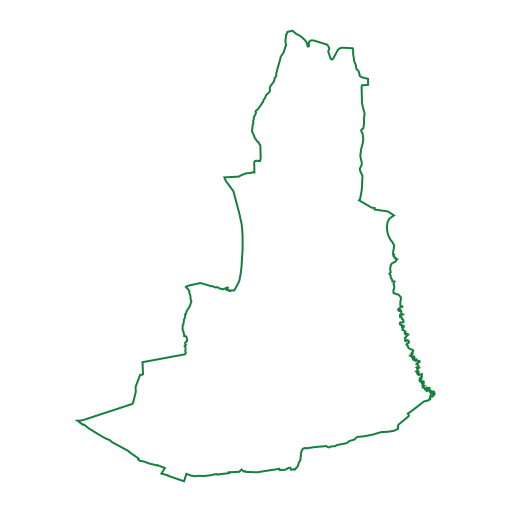 the district of Topana, Olt, Romania
{"feature_id": "2599482B92516627425208", "entity_name": "Topana", "entity_type": "district", "adm_level": 2, "iso_a3": "ROU", "parent_name": "Romania", "parent_adm1": "Olt", "projection": "albers", "projection_center": [24.532, 44.851], "detail": "fine", "context": "isolated", "style": "outline", "palette": "green", "viewbox_px": 512, "rotation_deg": 0, "n_neighbors": 0, "source": "geoboundaries", "source_scale": "gbopen_adm2", "svg_char_len": 6059}
<svg xmlns="http://www.w3.org/2000/svg" viewBox="0 0 512 512"><path d="M184.0,481.3L186.4,473.8L191.9,475.9L192.3,475.7L195.2,476.3L197.7,475.8L204.1,476.0L210.1,475.3L216.1,474.1L216.9,474.1L217.3,474.6L229.1,473.1L228.8,472.3L239.2,471.8L241.6,469.5L243.7,471.5L245.2,471.2L245.7,471.9L257.0,472.3L279.3,468.8L279.8,470.1L284.6,469.8L286.3,469.3L288.0,468.1L289.7,467.7L290.3,467.7L290.8,469.4L291.2,469.8L294.2,469.2L294.8,469.6L297.6,466.5L299.0,462.4L300.4,460.0L301.1,452.6L301.9,450.2L303.1,448.6L305.6,447.9L306.0,448.4L315.3,447.0L326.3,446.1L328.1,447.3L329.4,447.3L331.1,446.4L335.0,446.2L337.1,445.0L346.9,443.1L349.2,441.1L354.3,439.6L356.6,437.4L357.6,436.9L364.0,436.3L372.8,434.6L381.2,432.1L387.8,431.8L394.0,430.8L398.0,428.9L398.2,428.5L397.8,427.8L398.2,426.6L397.9,426.0L398.5,424.6L408.3,416.6L408.8,415.6L408.7,414.9L407.8,413.5L411.1,411.4L423.9,401.5L426.3,400.8L426.5,401.0L429.4,399.8L430.2,399.1L429.6,398.6L430.4,397.5L430.1,396.1L430.5,395.3L431.4,396.5L432.3,396.7L433.6,395.5L432.9,394.3L434.1,394.4L434.6,394.0L434.4,393.6L433.3,393.3L433.4,392.8L434.2,392.2L433.5,391.3L432.7,391.6L431.8,393.6L431.0,393.6L430.9,391.3L430.0,391.9L429.5,391.6L429.7,389.2L429.4,388.0L428.2,388.0L427.5,390.6L426.9,391.1L426.1,390.4L426.2,389.5L426.9,388.8L426.5,387.7L425.0,389.2L424.2,387.9L422.7,387.5L422.8,386.7L424.2,385.7L422.5,385.3L423.7,383.4L423.8,382.0L423.5,381.3L423.2,381.3L421.9,383.1L421.2,382.3L422.0,381.6L421.8,381.1L421.2,380.8L420.0,381.2L419.5,380.6L419.9,379.9L419.6,379.4L420.0,378.2L421.3,378.8L421.7,378.5L421.1,377.1L422.1,376.2L421.7,375.3L421.9,374.1L418.7,375.0L417.2,373.6L417.6,372.9L418.6,372.9L418.7,372.2L416.8,372.2L416.1,371.5L418.0,370.7L417.1,368.9L418.9,367.9L417.0,367.2L418.4,366.6L418.6,366.0L417.4,364.5L416.4,364.0L416.7,363.6L417.8,363.4L417.8,362.5L418.2,362.0L419.5,362.2L419.7,361.2L419.3,360.9L417.3,361.0L416.6,359.5L415.2,360.7L414.8,359.2L413.9,359.8L413.0,359.6L412.8,358.8L414.5,357.6L414.4,356.9L413.4,356.2L413.1,357.5L412.5,357.5L410.1,355.7L412.0,354.5L411.5,353.6L412.5,353.1L412.0,352.6L413.2,351.2L413.1,350.3L408.5,348.1L408.2,347.6L407.9,345.9L406.5,345.0L406.6,344.1L408.9,342.6L408.9,341.7L408.3,340.5L407.4,340.2L406.1,341.3L405.0,340.5L405.5,338.9L405.0,338.6L404.9,338.0L406.3,336.5L406.5,335.5L407.4,335.6L408.3,334.5L406.4,333.6L405.1,334.0L404.6,332.8L405.5,331.8L403.8,330.2L402.5,330.0L402.6,328.6L403.8,326.8L403.8,326.0L403.4,325.8L402.6,327.0L402.0,327.1L401.6,324.9L400.4,324.8L399.7,323.6L399.9,322.9L400.5,322.4L403.0,322.4L403.6,322.0L403.2,319.6L402.3,319.3L402.2,318.2L401.7,317.5L400.2,317.3L399.9,316.1L400.0,315.0L401.2,315.3L402.8,314.4L401.2,313.8L401.3,311.7L400.8,310.3L400.1,310.2L400.3,311.2L399.4,311.2L398.1,309.9L398.6,308.7L399.8,308.3L400.1,307.4L402.4,306.7L402.2,306.3L400.8,305.9L400.3,305.2L400.4,301.2L400.9,299.5L400.8,297.1L398.2,294.4L396.5,294.3L395.0,293.5L393.6,293.2L393.4,289.9L394.1,288.8L394.3,287.5L394.1,285.4L393.5,284.0L394.5,281.5L392.3,281.4L392.2,279.7L390.7,277.8L390.7,275.6L389.4,273.8L390.8,272.1L390.1,269.6L390.9,264.6L392.4,263.1L395.4,261.8L396.0,260.5L397.2,259.3L395.9,258.9L395.5,257.7L394.5,257.8L394.2,256.7L393.3,255.8L394.2,254.7L392.9,253.8L394.2,245.7L392.8,242.8L390.0,239.0L388.1,234.7L387.4,232.1L386.9,227.4L387.4,222.9L388.7,219.6L390.4,217.8L394.0,215.4L388.0,211.5L374.6,209.5L374.7,208.1L371.7,207.7L359.1,200.3L360.1,199.0L361.4,192.0L361.9,188.3L362.4,177.9L362.4,175.5L360.5,171.8L359.7,169.0L361.7,164.8L361.7,162.2L360.5,157.3L360.4,154.9L361.1,149.4L362.8,142.8L363.3,139.5L362.7,134.4L362.2,132.7L361.3,131.4L361.2,130.2L361.6,129.5L363.1,128.6L363.5,127.3L364.1,122.9L363.9,119.3L364.5,114.6L364.5,113.1L363.0,107.8L362.0,102.9L361.6,87.3L361.9,85.4L368.1,84.8L368.0,78.9L362.0,77.3L359.7,75.9L359.5,74.1L358.4,70.8L356.4,68.9L355.6,64.5L354.3,61.6L353.1,53.6L353.2,50.7L352.7,48.3L342.6,47.7L339.8,48.3L338.0,49.7L333.0,58.9L331.8,59.5L330.6,58.5L328.3,51.9L328.3,51.2L329.3,48.9L329.2,48.0L328.0,45.7L327.0,44.6L314.5,40.7L311.8,40.3L310.4,40.7L309.2,41.7L308.8,43.0L308.9,46.1L308.0,46.6L307.4,45.7L306.9,43.2L305.2,40.4L300.8,36.3L296.3,33.9L292.4,30.7L287.5,31.9L287.0,33.6L286.0,34.7L285.9,37.4L285.5,39.6L285.4,41.0L286.1,45.4L285.0,47.4L284.7,49.4L283.7,52.3L280.6,57.0L280.4,58.5L276.3,73.1L276.2,76.1L274.8,77.9L273.9,81.5L270.4,86.1L269.8,87.9L269.9,90.8L269.5,91.9L266.1,95.2L264.7,98.5L263.3,100.4L263.1,102.0L262.4,102.6L261.1,104.8L257.9,109.2L255.7,111.0L255.6,111.9L256.0,113.0L253.8,117.5L253.8,119.4L253.1,121.1L253.4,122.9L252.7,125.0L252.0,131.0L252.8,133.3L254.1,135.6L254.4,136.5L254.3,137.2L257.4,141.6L258.6,142.2L259.4,144.1L260.3,145.1L260.7,157.8L260.0,161.1L256.1,160.7L254.6,161.3L254.2,162.7L254.4,172.5L252.5,172.2L250.8,173.0L245.8,173.4L241.5,175.1L238.8,176.6L224.4,177.4L225.8,180.9L233.4,191.2L239.4,213.8L241.6,224.0L242.0,227.5L242.6,235.9L242.6,249.1L241.5,266.9L240.6,274.1L239.5,279.9L238.8,282.0L235.5,288.3L234.1,290.5L231.9,290.4L229.8,291.1L229.4,290.8L229.8,290.6L229.7,290.3L228.6,290.5L228.3,290.0L226.9,290.0L226.2,289.3L226.3,288.9L227.3,288.8L227.9,287.8L227.6,287.4L223.1,289.3L219.9,288.6L217.3,287.1L215.7,287.5L212.2,286.1L211.6,286.3L200.4,283.0L189.1,285.5L185.9,286.8L186.2,287.5L188.0,289.0L189.3,291.2L189.3,292.7L190.3,295.4L190.7,299.6L191.4,301.4L189.6,306.6L186.6,311.1L186.1,313.6L185.0,314.5L185.3,315.5L184.9,317.8L184.0,319.6L183.5,323.9L182.7,325.1L182.6,329.9L183.6,331.7L183.4,332.9L184.2,334.2L184.1,336.0L186.4,336.5L187.2,340.0L187.0,341.1L185.9,341.8L185.1,343.0L185.2,343.9L185.9,344.9L184.6,345.9L185.5,347.2L185.4,351.9L185.8,352.9L185.0,354.3L142.5,362.2L143.0,374.3L142.3,374.7L140.1,374.9L136.4,384.7L135.6,387.0L135.8,391.9L133.2,402.2L132.4,403.9L84.3,419.7L81.1,420.5L77.4,420.7L83.1,424.9L83.9,424.5L89.0,428.5L98.5,434.4L104.9,438.1L110.1,440.3L111.9,442.1L127.7,450.6L129.2,451.7L129.2,452.0L138.1,458.2L138.7,458.7L138.2,459.6L139.8,460.8L144.0,461.5L148.5,463.3L157.2,465.5L157.4,465.1L164.9,468.0L161.4,473.6L168.0,475.4L167.9,475.7L184.0,481.3Z" fill="none" stroke="#15803d" stroke-width="2"/></svg>